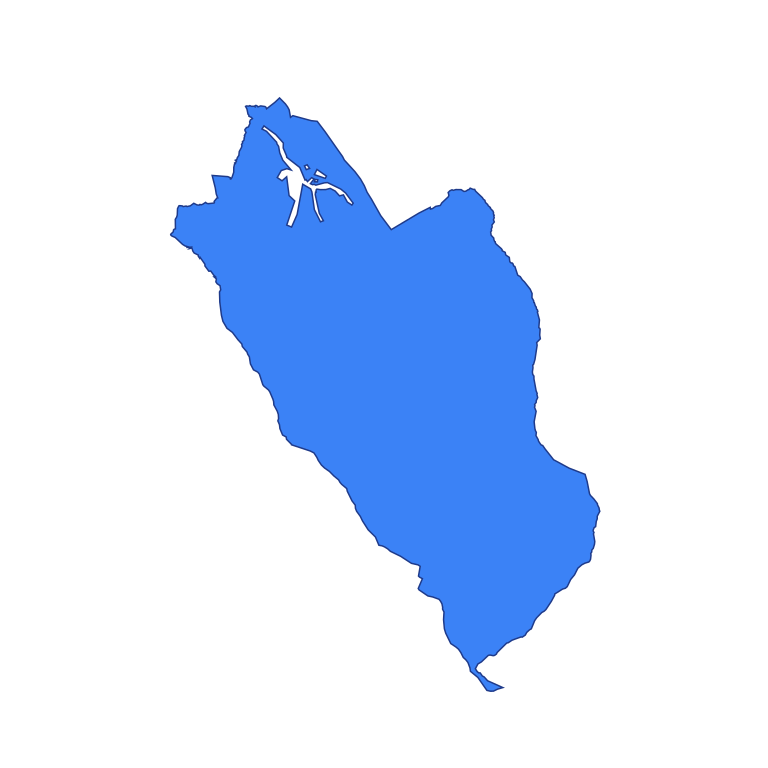 the district of Capalnita, Harghita, Romania, rotated 120°
{"feature_id": "2599482B88732151149022", "entity_name": "Capalnita", "entity_type": "district", "adm_level": 2, "iso_a3": "ROU", "parent_name": "Romania", "parent_adm1": "Harghita", "projection": "albers", "projection_center": [25.497, 46.388], "detail": "fine", "context": "isolated", "style": "filled", "palette": "blue", "viewbox_px": 768, "rotation_deg": 120, "n_neighbors": 0, "source": "geoboundaries", "source_scale": "gbopen_adm2", "svg_char_len": 6175}
<svg xmlns="http://www.w3.org/2000/svg" viewBox="0 0 768 768"><g transform="rotate(120 384 384)"><path d="M322.6,639.1L326.5,640.8L328.8,643.3L328.8,644.3L330.8,646.7L330.6,647.6L331.4,649.5L332.0,650.6L332.7,650.7L335.4,650.5L341.1,647.5L343.3,647.0L345.7,647.1L353.9,642.2L354.9,643.1L355.9,643.3L357.5,642.6L361.0,643.6L361.7,642.9L361.9,641.6L361.5,638.1L363.8,628.3L363.9,625.2L363.2,622.5L364.6,623.4L362.0,619.6L364.0,620.2L362.3,618.3L364.4,616.1L365.5,613.9L365.2,609.3L366.2,608.7L367.3,606.4L366.3,606.5L369.8,599.0L371.3,598.1L373.9,592.1L372.8,590.5L374.9,585.8L375.4,583.6L376.2,584.7L376.8,581.7L379.6,580.7L380.6,578.6L380.8,575.2L384.1,572.5L386.5,572.5L395.1,567.2L405.7,559.2L410.3,554.8L414.3,547.8L415.1,541.1L418.8,532.3L420.4,527.2L422.4,525.4L424.9,518.5L426.3,517.0L427.8,514.2L433.4,509.7L437.0,504.1L436.8,499.3L437.7,496.9L445.2,488.6L445.9,487.0L446.9,481.1L447.9,479.0L452.7,472.6L454.3,470.9L457.2,468.9L460.9,462.9L463.2,460.3L466.7,458.0L469.0,457.5L471.5,454.2L474.7,451.8L478.9,446.3L478.8,442.2L480.6,440.8L482.5,434.0L482.9,433.7L478.9,414.4L478.7,410.2L481.2,405.3L483.0,402.8L485.5,397.6L486.5,393.4L487.0,387.5L488.7,381.4L489.7,375.4L491.2,372.9L492.1,370.3L493.2,364.0L495.2,362.2L501.2,353.3L503.3,348.3L505.9,346.6L507.9,344.1L510.5,338.3L513.3,334.2L518.2,324.8L520.8,314.9L526.2,307.8L525.1,304.7L524.8,302.1L524.9,298.5L525.7,294.8L524.9,283.5L525.6,270.6L523.6,264.0L523.8,261.5L533.1,258.1L533.5,256.5L533.4,253.4L544.0,252.1L544.8,250.6L545.6,240.0L544.1,235.4L542.9,228.7L543.9,226.3L545.4,223.9L548.0,221.6L549.7,220.7L551.5,218.0L558.3,214.6L565.8,209.3L568.9,206.0L575.4,196.4L575.8,190.2L576.4,186.9L578.2,183.1L581.2,178.6L581.9,175.3L583.2,172.1L586.9,167.6L589.6,165.5L591.2,156.0L597.9,141.7L596.8,138.2L595.2,135.6L591.5,133.1L587.5,129.3L589.2,145.9L587.6,150.8L587.7,152.9L586.1,156.2L586.8,157.6L586.4,159.6L584.9,162.5L579.5,162.7L576.0,160.7L566.9,158.0L565.7,156.7L564.7,153.6L563.7,152.5L561.6,151.6L560.0,151.8L547.0,148.2L545.9,147.0L542.0,145.1L539.3,142.9L534.5,138.8L534.1,137.7L530.8,136.1L527.8,136.2L524.0,135.0L522.4,134.0L513.6,135.2L510.1,134.9L503.0,133.1L500.7,131.7L498.4,131.0L488.6,130.4L481.7,130.6L480.4,131.1L472.3,126.8L470.2,124.8L467.9,124.0L460.0,124.6L454.0,123.6L446.6,124.0L441.7,122.3L438.7,120.4L435.7,117.6L434.2,117.3L432.5,117.5L428.6,119.2L427.5,120.2L425.7,120.1L423.8,121.0L421.7,120.6L417.5,121.6L415.0,122.7L409.0,127.7L407.6,127.9L406.7,129.4L405.9,129.8L403.3,130.2L401.7,129.4L396.8,131.5L394.2,131.9L391.9,133.2L386.2,133.5L385.8,134.2L383.8,135.8L381.8,138.8L380.9,139.4L378.6,144.9L377.3,149.4L376.3,151.1L366.9,159.3L361.7,164.7L364.3,181.5L364.8,199.2L359.6,212.3L357.9,215.8L358.2,217.3L357.6,218.9L356.2,221.6L355.0,222.8L352.7,226.6L349.7,227.9L348.8,229.4L347.1,231.1L341.6,235.1L331.6,238.6L328.8,242.1L327.4,242.3L326.5,243.3L323.8,243.0L322.4,243.8L318.9,244.1L316.5,246.4L315.6,246.6L313.9,248.8L304.6,256.7L302.2,258.1L301.3,260.0L299.4,261.5L295.5,263.1L293.3,264.6L292.2,264.3L287.3,265.5L273.8,270.8L271.8,272.5L266.7,271.2L263.8,273.6L258.5,276.2L257.9,277.0L257.8,278.1L250.8,281.4L245.0,287.2L244.3,287.0L243.1,288.2L242.9,289.3L241.2,290.7L240.7,292.0L238.4,294.5L238.5,295.0L237.1,296.0L235.3,299.0L231.6,301.0L228.8,304.8L225.3,313.5L224.6,316.3L222.9,319.7L222.9,322.6L216.8,329.4L216.9,330.8L215.5,332.3L215.1,333.3L215.6,334.4L215.2,336.2L211.7,338.8L211.4,342.7L211.1,343.4L209.4,344.8L209.5,348.3L208.6,348.9L208.1,350.1L206.7,357.0L206.2,358.0L205.2,358.8L205.3,359.4L203.6,361.5L202.8,361.8L201.6,365.6L199.0,367.7L197.5,367.5L196.1,368.6L194.0,368.8L192.4,370.0L188.5,369.5L187.1,371.3L184.9,371.7L183.5,373.0L182.8,372.9L182.0,374.3L180.8,374.8L179.7,376.2L178.7,379.7L178.0,380.1L177.5,383.0L176.7,384.0L176.2,386.4L175.5,387.6L174.5,388.4L174.3,390.3L173.4,392.0L171.2,401.1L170.1,402.8L170.9,404.2L171.3,407.3L173.1,407.6L173.7,408.3L176.2,409.6L177.3,411.1L177.1,414.4L179.7,419.0L181.7,420.9L181.8,422.2L183.6,423.5L186.1,424.2L188.1,422.2L189.6,421.9L198.3,424.5L201.2,424.5L204.3,428.0L207.8,429.7L209.3,431.2L207.9,432.3L218.5,439.2L246.7,454.9L239.8,471.1L230.3,487.1L226.4,494.5L222.1,500.2L218.2,506.9L214.6,515.4L209.9,530.3L207.7,533.7L204.3,541.1L194.9,561.3L189.9,573.2L192.3,578.6L197.2,597.1L199.8,598.3L194.0,603.2L192.2,606.1L190.7,609.5L188.5,617.5L194.8,619.4L204.4,623.3L203.4,624.5L203.2,625.8L204.8,629.8L207.0,631.7L206.6,633.2L206.8,634.3L207.6,634.8L208.4,634.3L208.5,635.5L209.8,637.6L210.0,639.4L211.0,640.1L212.0,642.2L212.8,642.7L214.4,640.2L218.3,636.7L218.8,635.4L219.7,634.8L219.4,632.1L220.0,630.6L222.1,631.7L224.3,631.4L225.1,630.4L228.6,630.0L229.4,630.1L230.7,631.3L233.1,631.7L234.2,631.0L235.1,629.2L238.6,629.2L238.8,628.6L241.1,628.1L241.4,627.7L243.1,627.2L244.9,627.8L246.1,626.9L247.7,627.2L248.8,626.1L250.5,625.7L255.0,625.6L258.6,624.0L261.3,624.2L263.3,623.7L264.5,624.6L264.7,623.3L265.3,623.0L267.2,623.8L267.5,622.9L268.4,623.4L271.5,622.4L275.8,620.0L281.3,618.9L283.1,619.1L283.2,619.7L282.2,620.3L282.5,622.9L289.3,637.1L298.4,628.3L303.4,624.2L305.9,621.1L306.2,621.6L310.8,622.4L311.5,621.7L312.3,621.7L315.7,626.4L316.2,627.9L315.9,629.3L319.0,630.9L320.3,632.0L320.5,633.2L321.6,633.6L322.4,635.5L322.6,639.1ZM248.8,539.6L249.9,539.8L251.9,538.7L252.1,539.2L254.4,538.2L268.5,525.4L272.9,518.1L275.3,520.1L267.8,531.5L253.7,542.5L251.7,545.1L251.6,554.3L280.6,544.0L294.3,542.5L295.0,547.7L270.1,552.8L268.3,560.4L253.2,571.9L259.0,573.9L258.6,579.7L250.5,579.7L246.1,575.8L245.1,571.5L240.8,583.5L236.0,589.8L230.9,594.1L229.6,596.7L228.3,597.9L223.9,612.1L224.2,617.2L220.5,617.0L222.1,602.4L225.6,591.7L230.0,589.3L235.2,582.4L236.3,581.6L238.6,565.2L246.9,554.3L245.9,553.7L247.0,551.5L241.5,549.8L241.4,547.1L247.3,547.9L247.1,545.5L246.0,544.3L245.9,542.5L239.5,536.1L237.8,533.6L236.8,519.0L237.8,512.7L242.8,501.1L245.1,501.3L244.8,506.7L240.5,513.7L243.3,516.6L241.3,522.8L241.5,528.4L244.7,531.6L247.5,536.3L248.8,539.6ZM237.5,549.0L231.7,549.3L232.7,537.8L235.3,537.7L237.5,549.0ZM237.2,558.5L234.9,561.9L232.6,560.2L234.5,556.2L237.2,558.5ZM243.7,545.4L241.2,545.8L240.2,543.5L242.2,542.7L243.7,545.4Z" fill="#3b82f6" stroke="#1e3a8a" stroke-width="1.5"/></g></svg>